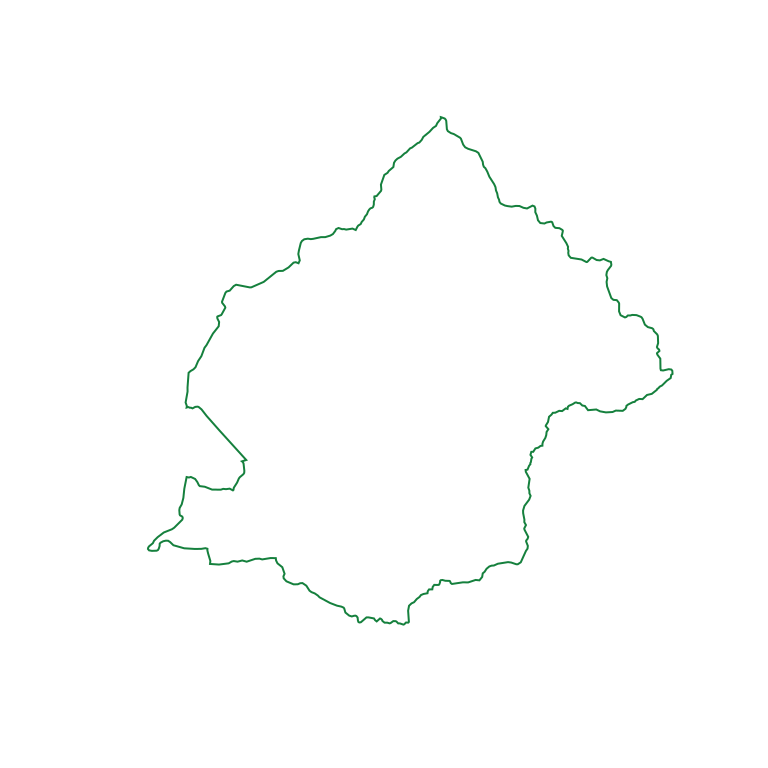 San Marcos, Cajamarca, Peru, rotated 341°
{"feature_id": "86281439B35879365662070", "entity_name": "San Marcos", "entity_type": "district", "adm_level": 2, "iso_a3": "PER", "parent_name": "Peru", "parent_adm1": "Cajamarca", "projection": "albers", "projection_center": [-78.029, -7.273], "detail": "fine", "context": "isolated", "style": "outline", "palette": "green", "viewbox_px": 768, "rotation_deg": 341, "n_neighbors": 0, "source": "geoboundaries", "source_scale": "gbopen_adm2", "svg_char_len": 6166}
<svg xmlns="http://www.w3.org/2000/svg" viewBox="0 0 768 768"><g transform="rotate(341 384 384)"><path d="M524.6,150.2L524.3,151.5L519.3,154.7L517.2,156.9L513.8,157.8L509.0,160.4L501.7,163.1L499.1,165.5L496.0,167.2L494.2,167.2L487.3,169.6L485.4,169.7L480.6,172.3L478.4,172.7L473.9,174.7L470.1,175.3L467.6,176.4L465.5,178.1L463.5,181.9L457.9,184.1L456.1,185.5L452.4,186.4L446.0,194.5L444.8,199.3L444.1,200.4L438.2,203.9L436.0,203.5L435.5,204.5L435.5,206.2L433.8,208.2L432.8,211.0L431.4,213.0L430.4,213.5L428.4,213.5L426.9,214.2L425.1,215.6L423.1,218.0L420.4,219.6L418.5,221.9L415.7,223.5L414.0,225.2L411.3,225.8L410.2,226.5L407.4,229.2L404.8,226.8L398.5,225.7L396.7,224.5L394.8,224.0L391.8,221.7L389.1,222.0L387.9,223.3L384.5,225.6L381.5,226.2L376.3,226.0L372.1,224.6L364.4,223.7L362.0,223.2L359.3,221.8L355.7,221.2L352.9,222.1L351.2,223.6L347.0,230.1L345.3,233.2L344.6,239.7L342.5,242.0L340.2,240.1L338.0,239.8L331.7,242.7L325.2,244.1L321.1,242.8L318.7,242.8L303.5,248.3L290.1,249.4L288.6,249.0L276.5,242.0L273.8,242.5L268.5,245.5L265.2,245.3L263.7,246.2L257.6,253.5L257.4,254.5L258.9,258.9L258.8,260.2L253.2,265.3L252.4,265.8L248.6,265.9L248.1,266.3L247.8,267.9L248.3,271.7L246.5,275.6L238.7,280.6L228.8,289.5L226.1,291.3L220.4,298.2L215.7,301.8L211.2,306.8L208.6,308.1L205.2,308.8L202.9,309.8L197.1,323.3L195.8,327.2L190.4,336.9L190.4,340.7L189.7,342.0L191.3,342.0L192.8,343.3L193.7,343.5L195.0,344.7L198.1,344.2L200.3,344.7L201.2,345.3L203.2,348.6L205.9,356.5L213.3,374.4L229.0,411.0L224.5,410.9L225.1,411.9L225.3,413.5L223.7,420.6L222.9,422.5L221.7,423.5L217.3,425.2L216.0,426.1L213.0,429.4L208.2,433.2L207.2,435.1L206.5,435.4L204.0,432.7L200.4,432.0L197.8,430.8L195.4,430.8L187.1,427.9L181.1,422.8L176.6,420.6L176.0,419.4L175.6,416.0L174.5,412.3L171.1,409.0L169.1,408.9L167.1,407.7L161.1,418.0L157.2,426.4L153.5,432.0L150.5,434.6L149.4,436.6L148.3,440.8L148.4,441.8L150.1,443.7L150.1,445.2L149.1,446.6L138.8,451.6L136.2,452.3L127.5,452.7L120.2,455.1L115.6,457.3L113.6,459.3L109.0,461.0L107.8,461.9L107.1,463.1L107.7,464.8L110.2,466.2L114.8,467.6L116.2,467.4L117.5,466.3L119.1,464.1L119.9,462.0L121.0,461.3L124.1,460.8L126.7,461.1L128.8,461.9L130.3,463.8L132.4,467.9L141.6,474.3L151.5,478.4L157.6,480.4L161.7,481.1L163.4,482.3L162.8,484.0L162.5,487.2L162.2,494.8L160.9,497.5L169.2,501.0L178.8,503.0L182.2,502.3L184.3,502.5L187.7,504.3L192.5,504.7L196.3,507.3L205.4,507.4L209.4,508.6L211.7,510.2L219.9,511.6L225.0,513.4L224.5,515.7L224.9,518.9L228.2,524.1L228.2,531.1L226.3,533.1L225.9,535.1L227.5,538.8L233.3,544.0L237.3,545.3L239.9,545.1L242.1,545.7L244.9,549.4L246.3,555.2L247.7,557.2L250.3,559.4L252.6,562.5L253.6,564.7L261.7,573.5L267.4,578.3L271.2,580.6L273.0,582.3L273.3,583.3L273.1,587.5L275.7,591.7L277.9,593.3L280.3,593.4L281.7,593.8L282.4,594.5L283.0,596.2L282.3,599.4L282.4,600.9L283.4,601.6L284.7,601.7L291.4,599.0L293.3,599.6L298.2,602.4L298.7,604.4L299.8,606.1L303.9,604.4L304.6,605.0L305.3,606.2L305.4,607.6L306.8,609.8L309.5,610.8L311.3,612.1L312.3,612.2L315.6,611.2L317.7,612.0L318.4,612.6L319.5,615.0L321.0,615.5L324.0,617.8L324.9,617.8L327.1,616.7L329.3,617.5L330.1,617.0L333.0,606.2L335.5,601.8L338.6,600.4L341.4,600.1L344.9,598.0L348.3,596.9L350.2,595.6L353.0,595.4L357.0,596.0L357.9,594.2L359.7,592.9L362.8,593.9L364.0,591.7L366.1,590.3L370.0,591.7L370.9,591.6L372.4,589.8L373.0,588.4L373.7,588.0L375.4,588.3L377.9,590.0L381.8,591.5L382.2,592.0L382.3,594.0L383.2,595.2L394.0,597.2L399.0,599.0L406.8,599.1L410.3,600.7L414.0,598.4L415.7,595.2L418.0,594.3L420.8,592.1L424.2,590.8L426.7,590.8L428.8,591.4L433.1,591.0L443.3,592.8L446.1,594.2L450.4,597.5L451.8,598.0L455.3,597.1L463.9,588.0L466.1,586.4L467.3,583.9L467.1,579.2L467.5,578.3L469.4,577.1L470.6,575.5L469.4,567.4L469.6,566.2L472.3,563.6L471.7,560.3L472.6,557.9L473.5,551.5L474.3,548.9L477.1,545.0L483.6,540.6L486.2,537.5L485.9,534.7L486.7,532.2L486.7,529.0L490.8,521.1L489.5,513.2L489.9,511.4L491.8,511.7L494.6,508.5L496.3,507.5L496.5,506.5L497.4,505.7L499.1,502.6L500.2,501.7L499.4,498.7L501.2,496.1L503.0,496.7L506.2,494.2L509.2,494.4L511.8,493.5L513.7,493.9L514.4,492.0L515.7,490.2L519.0,487.5L520.8,485.1L522.1,482.3L524.7,480.2L523.2,476.5L523.5,475.9L526.7,473.3L529.4,468.7L532.4,467.5L534.2,466.2L536.6,466.9L540.9,466.4L543.6,467.6L547.9,466.2L549.4,467.3L550.5,465.4L551.8,464.8L555.7,464.5L558.7,463.8L559.7,464.0L561.0,465.1L563.0,465.9L564.5,468.9L566.8,470.2L568.4,475.2L576.4,477.2L579.4,480.2L584.6,483.1L591.0,484.9L594.5,484.6L601.0,487.1L604.2,486.1L605.5,484.8L606.1,483.6L608.0,482.9L613.3,482.2L615.2,482.5L616.8,481.6L620.4,481.2L623.6,482.5L629.1,480.0L634.0,480.5L640.0,478.4L640.9,477.5L641.9,477.4L643.8,476.3L646.4,475.9L652.4,473.0L657.0,471.7L658.6,468.8L660.1,468.4L660.9,465.4L660.4,463.9L658.1,462.7L652.3,462.1L650.3,461.1L650.4,459.5L653.5,450.0L652.1,445.5L652.0,444.1L652.2,443.7L655.2,442.4L655.3,441.0L654.3,439.4L654.1,437.9L656.5,434.6L658.6,427.7L658.5,426.1L656.4,421.8L656.5,420.0L656.2,419.3L655.6,418.5L652.0,416.1L650.0,412.8L649.7,406.5L649.2,404.7L648.5,403.9L645.2,401.1L641.2,399.5L639.2,399.4L636.8,398.6L635.0,399.5L633.5,399.5L630.1,396.0L629.9,391.9L632.5,384.6L632.5,383.5L631.4,380.5L628.3,379.1L626.9,376.7L626.7,364.4L627.7,359.9L629.6,356.7L629.7,353.4L631.2,350.6L632.7,349.2L637.2,346.2L637.8,345.2L638.3,342.4L636.4,341.1L632.3,337.2L628.4,337.4L625.4,336.0L622.3,332.4L621.7,332.1L621.0,332.1L616.0,334.7L615.1,334.6L611.3,330.6L601.7,325.5L600.5,322.5L600.9,320.0L601.8,318.2L601.9,315.9L602.7,314.2L602.3,310.3L600.3,301.8L602.5,298.3L603.0,297.3L602.8,296.4L600.6,293.8L596.8,292.1L595.7,289.8L595.7,285.8L594.8,284.9L590.3,284.2L588.0,284.5L584.2,282.7L582.9,279.3L583.4,274.6L583.0,270.8L584.2,267.5L584.1,265.1L582.5,263.7L576.4,264.6L573.2,262.8L570.0,259.8L566.5,258.5L562.5,257.9L558.7,256.0L556.4,254.6L553.1,251.3L552.5,249.3L552.8,247.2L552.5,244.6L553.1,240.5L552.9,237.4L553.5,234.2L553.2,230.9L551.1,222.3L550.8,216.9L550.1,212.9L549.1,211.1L549.1,208.8L549.7,206.0L548.5,196.2L546.7,193.9L540.1,189.0L537.8,186.6L536.8,183.4L536.6,177.1L536.1,175.9L531.3,170.3L529.0,168.6L526.7,165.7L526.4,163.6L528.5,155.5L528.4,154.0L527.8,152.7L524.6,150.2Z" fill="none" stroke="#15803d" stroke-width="2"/></g></svg>